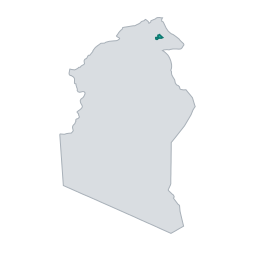 Guéni, Logone Occidental, Chad shown in context, rotated 176°
{"feature_id": "50815135B88319439398100", "entity_name": "Guéni", "entity_type": "district", "adm_level": 2, "iso_a3": "TCD", "parent_name": "Chad", "parent_adm1": "Logone Occidental", "projection": "mercator", "projection_center": [15.87, 8.955], "detail": "fine", "context": "in_parent", "style": "filled", "palette": "teal", "viewbox_px": 256, "rotation_deg": 176, "n_neighbors": 0, "source": "geoboundaries", "source_scale": "gbopen_adm2", "svg_char_len": 3941}
<svg xmlns="http://www.w3.org/2000/svg" viewBox="0 0 256 256"><g transform="rotate(176 128 128)"><path d="M196.5,75.1L196.5,81.2L196.5,87.3L196.5,93.4L196.5,99.5L196.5,105.6L196.5,111.7L196.5,117.7L196.5,123.8L196.5,125.8L196.3,126.6L196.0,126.8L192.9,126.3L191.6,126.2L189.7,126.7L186.9,126.9L185.1,126.8L183.8,127.9L182.8,129.1L183.3,132.1L183.2,133.1L182.8,134.1L182.0,135.0L181.1,135.7L180.6,136.3L180.0,137.7L179.5,138.3L179.6,139.1L179.4,140.0L178.9,140.5L177.6,140.8L176.8,141.2L176.1,141.9L175.7,142.3L175.9,143.0L176.2,143.8L176.4,145.1L176.5,145.9L177.2,146.5L177.6,147.0L177.7,147.6L177.3,148.0L175.7,149.0L175.1,149.3L174.4,149.8L174.1,150.0L173.0,150.9L172.4,151.7L172.1,152.4L172.1,153.3L172.7,154.7L173.3,155.9L173.6,156.8L173.7,157.8L173.7,158.7L173.3,159.5L172.8,160.2L170.6,161.6L169.5,163.1L168.6,164.9L168.4,165.9L168.7,166.6L169.1,167.1L169.8,167.4L170.7,167.5L172.3,167.2L173.7,167.0L175.3,167.6L176.1,169.1L175.8,170.3L176.4,172.3L176.9,174.7L176.8,175.5L177.1,175.8L178.0,176.0L178.3,176.5L177.9,180.8L178.4,182.0L179.0,182.8L179.8,183.3L180.5,183.9L180.9,184.3L181.7,184.3L182.7,185.1L183.0,186.1L182.9,187.1L182.3,189.3L181.9,190.8L181.3,190.7L180.2,190.3L178.8,190.0L177.1,189.7L175.5,190.3L173.8,191.1L173.2,191.7L172.7,192.0L172.0,191.9L171.3,192.0L170.9,192.6L170.2,193.2L167.7,194.4L167.2,194.9L166.9,195.3L166.9,195.8L167.1,196.8L167.1,198.1L166.6,199.1L165.9,199.8L165.2,200.0L164.6,200.2L164.2,200.6L162.8,202.9L162.3,203.3L161.1,203.2L157.8,206.7L157.5,207.7L156.3,209.1L154.8,210.8L153.4,211.5L153.3,211.8L152.9,212.1L152.1,212.5L149.1,214.4L145.6,214.3L144.1,215.1L142.6,215.4L140.4,215.8L139.7,215.8L136.9,215.9L133.6,215.9L132.3,216.2L131.1,216.9L130.2,217.5L130.1,217.8L130.2,218.0L130.2,218.3L132.5,219.8L133.1,220.6L132.5,221.4L132.2,221.5L131.8,222.1L130.5,223.9L128.4,226.0L127.4,226.6L126.9,227.0L126.4,228.4L126.0,228.6L124.6,228.8L121.8,229.0L117.9,229.4L115.6,229.6L114.1,229.5L112.1,230.4L111.4,230.7L110.9,230.8L108.9,231.7L107.2,233.2L106.6,233.4L104.3,234.0L103.3,235.0L102.9,235.1L101.4,233.8L100.3,232.6L99.8,231.4L99.8,231.0L99.5,231.1L98.7,231.6L97.9,232.2L97.6,233.4L95.2,234.2L93.1,234.9L92.1,235.7L90.7,236.1L88.8,236.0L87.3,235.6L85.9,235.5L86.6,234.4L86.9,233.6L86.9,232.7L86.8,232.0L86.0,231.7L85.4,231.2L84.2,228.1L83.0,225.0L81.2,221.9L79.3,219.9L77.9,218.7L77.4,218.6L76.7,218.2L76.2,217.9L73.7,215.8L71.0,213.4L70.3,212.3L69.0,210.7L67.5,209.1L66.7,208.3L66.4,207.0L67.4,205.8L68.5,204.2L69.8,203.2L71.6,203.1L74.5,203.5L77.6,203.7L80.6,203.4L81.4,203.1L82.2,203.2L83.8,203.5L86.7,203.4L88.2,202.8L86.6,201.7L84.9,200.0L83.3,198.2L82.3,196.5L81.4,194.3L80.6,191.7L80.1,188.2L80.2,186.2L80.4,184.8L81.3,182.5L80.7,181.2L80.8,180.1L80.7,178.5L80.5,177.7L79.3,175.0L79.1,174.7L78.1,172.8L77.7,169.7L76.6,167.7L74.8,166.7L73.8,165.5L73.4,163.4L72.7,162.8L69.9,162.1L67.5,162.1L65.8,159.6L63.6,156.6L61.6,153.7L60.3,147.9L59.5,144.6L60.4,143.6L62.0,141.3L64.2,136.8L69.0,129.8L71.5,126.2L76.4,120.8L82.4,114.2L85.9,110.5L86.4,103.7L87.0,96.5L87.4,91.0L88.0,84.5L88.4,79.1L88.8,75.1L89.2,69.4L89.6,68.3L92.0,63.9L92.2,63.3L91.8,62.6L88.4,58.8L87.3,57.9L86.7,56.0L87.6,54.9L83.5,48.5L82.5,47.7L82.0,46.9L82.0,45.8L81.9,41.3L80.8,34.4L79.4,26.2L84.2,23.9L87.8,22.1L92.5,19.9L96.8,22.2L103.0,25.5L109.2,28.9L115.5,32.2L121.7,35.5L127.9,38.9L134.2,42.2L140.4,45.5L146.6,48.8L152.8,52.1L159.1,55.4L165.3,58.7L171.5,62.0L177.8,65.2L184.0,68.5L190.2,71.8L196.5,75.1Z" fill="#d9dde1" stroke="#a8b0b8" stroke-width="1"/><path d="M94.0,216.3L94.1,215.9L94.0,215.4L94.0,214.8L93.3,214.4L92.5,214.4L92.2,214.6L91.8,215.3L91.3,215.4L90.9,215.4L90.3,215.6L89.8,215.4L89.0,215.4L88.2,215.3L87.5,215.7L87.1,215.8L87.4,216.1L87.7,216.5L88.3,217.0L88.7,217.5L88.9,217.8L89.4,218.1L89.7,218.5L89.9,219.0L90.3,218.9L90.9,218.6L91.3,218.5L91.7,218.4L91.7,217.8L91.5,217.1L91.6,216.5L92.1,216.7L92.4,216.5L93.0,216.3L93.4,216.3L94.0,216.3Z" fill="#14b8a6" stroke="#0f766e" stroke-width="1.5"/></g></svg>